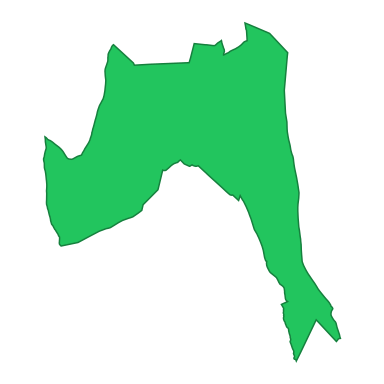 Eldas, North-Eastern, Kenya
{"feature_id": "3690345B40849356023427", "entity_name": "Eldas", "entity_type": "district", "adm_level": 2, "iso_a3": "KEN", "parent_name": "Kenya", "parent_adm1": "North-Eastern", "projection": "equal_earth", "projection_center": [39.451, 2.194], "detail": "fine", "context": "isolated", "style": "filled", "palette": "green", "viewbox_px": 384, "rotation_deg": 0, "n_neighbors": 0, "source": "geoboundaries", "source_scale": "gbopen_adm2", "svg_char_len": 5899}
<svg xmlns="http://www.w3.org/2000/svg" viewBox="0 0 384 384"><path d="M287.7,52.7L269.6,33.4L249.2,24.7L245.0,23.0L245.2,24.3L245.4,25.3L246.0,29.2L246.5,30.4L246.7,33.2L247.0,37.8L247.1,40.7L246.8,40.8L245.9,41.1L245.2,41.4L244.3,41.8L243.4,42.6L242.4,43.7L241.1,45.0L240.2,45.7L238.9,46.7L238.0,47.3L237.2,47.7L236.0,48.5L234.4,49.3L233.6,49.6L230.3,51.2L229.4,51.9L228.7,52.5L227.5,53.1L226.4,53.5L225.6,54.0L224.7,54.5L223.6,54.9L223.6,54.0L223.9,52.9L224.4,51.5L224.2,49.6L223.4,47.7L223.1,46.6L222.6,45.2L221.8,42.6L221.6,41.2L221.4,40.5L220.7,41.1L218.8,42.3L217.7,43.0L215.7,44.9L214.9,45.5L214.3,45.6L213.5,45.6L212.3,45.5L210.8,45.3L206.6,44.8L205.5,44.8L194.2,43.6L190.5,58.1L189.4,61.8L189.1,62.7L149.8,64.3L134.4,65.2L133.4,63.0L113.5,44.7L112.5,45.5L111.9,46.5L111.4,47.3L111.2,48.2L110.8,49.1L109.7,50.8L108.7,52.8L108.3,53.8L108.1,54.8L108.1,56.0L107.9,57.5L107.9,58.7L107.9,59.9L107.8,61.1L107.6,61.9L107.2,63.1L106.6,64.9L106.1,66.3L105.7,67.4L105.3,68.7L105.1,69.8L105.0,71.4L105.1,72.7L105.2,74.5L105.3,76.0L105.5,77.8L105.7,79.3L105.8,80.6L105.7,82.3L105.6,84.0L105.2,87.7L104.9,90.7L104.1,95.4L103.8,96.5L103.5,97.6L103.0,99.1L102.2,100.5L100.8,103.2L100.1,104.4L99.4,105.8L98.3,108.9L97.8,110.4L97.4,111.8L96.8,114.7L95.9,118.0L95.2,120.3L94.1,124.6L93.3,127.5L92.8,129.0L92.3,131.4L91.9,132.5L91.8,133.7L91.5,135.1L90.3,138.5L90.0,139.8L89.2,141.6L88.6,142.8L86.8,145.7L85.3,148.0L84.7,149.0L84.0,150.5L82.5,152.9L82.0,154.0L81.5,155.1L78.9,155.9L78.0,156.2L76.9,156.7L73.1,158.8L71.9,159.3L70.5,159.2L68.8,159.0L68.0,158.6L67.3,158.2L66.3,156.8L65.4,155.4L64.4,153.8L63.4,152.1L62.4,150.7L61.1,149.2L59.1,147.3L54.6,143.9L53.7,143.1L52.5,142.1L50.3,140.6L49.2,140.2L47.8,139.5L46.2,137.7L45.0,136.9L45.1,137.8L45.3,139.0L45.3,139.5L45.4,141.9L46.2,147.0L46.2,147.9L46.2,148.3L45.9,149.4L45.5,150.6L45.2,151.7L44.7,153.8L44.5,155.0L44.2,156.9L44.1,157.3L43.7,158.2L43.6,158.7L43.6,159.0L43.6,160.0L43.8,161.0L44.2,162.6L44.3,163.1L44.4,167.7L44.7,169.1L45.0,170.1L45.3,171.1L45.8,174.2L46.2,178.1L46.3,179.4L46.5,180.9L46.7,183.3L46.8,184.4L46.8,186.6L46.7,188.5L46.5,190.9L46.7,193.3L46.7,194.6L46.6,200.0L46.5,201.6L46.5,202.1L46.5,203.2L46.6,204.5L46.9,205.4L47.3,206.8L47.5,208.1L47.6,208.6L48.3,210.4L48.6,211.9L49.2,214.4L49.6,215.9L49.9,216.7L50.3,218.4L50.5,219.5L50.6,220.4L50.6,220.6L51.5,223.7L51.6,224.1L52.5,225.3L53.3,226.4L53.6,227.2L54.3,228.4L54.6,229.1L55.4,230.0L55.8,230.7L56.3,231.6L56.5,231.9L56.9,232.4L57.3,233.2L58.0,234.2L58.2,234.7L58.6,235.9L59.4,236.7L59.5,237.0L59.6,238.7L59.5,240.1L59.4,242.0L59.3,242.9L59.4,243.7L59.5,244.2L60.1,245.0L61.1,246.0L78.0,242.5L89.4,236.4L99.3,231.2L106.0,228.7L108.8,228.1L110.4,227.6L113.2,225.9L118.7,222.5L122.6,220.4L123.7,220.0L128.7,218.2L130.5,217.7L132.9,216.8L138.1,213.2L141.8,210.4L143.1,204.7L145.3,202.5L157.9,189.8L158.2,188.8L162.7,170.1L163.7,170.5L165.1,170.5L165.9,170.3L168.4,168.2L171.3,165.5L173.7,163.8L175.9,162.9L177.7,162.4L178.6,161.4L180.4,159.9L184.2,163.9L189.5,166.3L190.1,166.1L191.0,165.5L191.5,165.2L191.9,164.9L192.2,164.9L192.5,165.0L192.8,165.4L193.3,165.6L194.4,166.0L195.8,166.3L196.8,166.2L198.0,165.8L198.2,165.7L209.7,176.4L222.3,187.8L226.1,191.4L228.7,193.7L230.2,194.9L231.8,195.2L232.7,195.0L238.6,200.5L240.2,195.7L242.4,199.7L243.5,201.2L246.3,206.9L248.7,212.5L249.4,214.6L250.3,217.0L251.0,218.7L253.8,227.8L254.4,229.6L257.0,234.0L257.8,235.8L258.6,237.4L260.4,241.7L262.2,246.5L263.3,250.4L264.6,257.5L265.7,260.8L266.4,261.2L266.7,261.3L266.5,263.3L266.7,265.3L267.2,266.9L268.1,268.8L269.2,270.9L269.8,271.9L270.5,272.7L275.1,276.4L276.5,277.6L278.0,280.4L278.8,282.2L280.0,284.2L281.4,285.1L282.9,286.3L284.0,287.7L284.3,289.0L284.6,291.4L284.6,293.0L285.0,295.0L285.4,298.5L285.7,299.6L286.5,300.7L287.6,301.6L281.4,304.4L283.3,307.7L283.5,308.0L283.6,308.5L283.6,309.2L283.5,309.5L283.5,310.4L283.6,310.8L283.5,312.0L283.4,312.2L283.3,313.0L283.5,313.6L283.7,314.1L283.8,314.4L283.8,315.2L283.6,315.6L283.7,316.0L283.9,316.6L283.6,317.4L283.5,317.6L283.5,318.7L283.6,319.2L283.9,320.0L284.1,320.7L284.4,321.2L284.9,321.9L285.3,323.0L285.3,323.6L285.5,324.0L286.0,325.1L286.2,325.7L286.6,326.7L286.9,327.1L287.2,327.5L287.9,328.0L288.4,328.6L288.6,329.7L288.7,330.9L289.2,333.1L289.6,334.5L289.9,335.3L290.1,335.8L290.1,336.1L290.2,336.5L290.2,337.4L290.3,337.8L290.7,339.1L290.7,339.8L290.6,340.3L290.2,341.3L290.1,341.7L290.2,342.0L290.6,343.1L291.0,344.0L292.1,347.3L292.4,348.2L292.6,348.7L292.9,349.4L293.1,349.7L293.5,350.5L293.8,351.4L293.8,351.8L293.8,352.2L293.5,353.5L293.8,354.4L294.2,355.3L294.5,356.1L294.5,356.4L294.4,357.2L294.0,357.7L293.9,358.2L294.2,359.0L294.8,359.3L295.2,359.3L295.8,359.7L296.0,360.1L296.3,361.0L300.6,352.4L316.2,319.8L336.4,341.5L337.4,340.3L338.3,339.0L339.0,338.6L340.4,338.4L340.1,337.5L339.8,336.5L339.5,334.8L337.0,327.3L336.6,325.6L336.2,323.8L335.8,322.7L335.4,321.9L333.8,320.1L332.9,318.7L332.0,317.2L331.1,315.4L331.0,314.5L331.0,313.0L331.6,310.7L332.2,309.9L332.8,308.8L332.4,307.6L331.8,306.9L331.1,306.4L330.7,305.1L329.1,302.5L328.0,301.1L326.1,299.0L324.4,297.0L320.2,291.8L319.2,290.5L317.7,288.4L317.3,287.6L314.7,283.4L312.5,280.3L311.0,278.1L309.8,276.3L308.2,274.0L306.2,270.6L305.2,268.7L304.5,267.3L304.1,266.5L303.6,265.5L302.3,262.0L302.1,261.0L302.0,259.4L301.8,256.9L301.6,254.6L301.3,250.1L301.1,244.6L300.7,241.1L300.6,239.1L300.2,236.7L299.4,230.3L298.8,226.9L298.6,224.4L298.1,217.9L297.8,211.1L297.8,207.2L298.0,203.9L298.7,198.2L298.8,196.4L298.9,194.9L299.0,192.8L298.8,191.4L298.3,188.1L298.1,186.6L297.8,184.6L296.6,177.7L294.9,169.6L294.5,167.6L294.0,164.4L293.6,161.3L293.4,159.1L293.2,158.0L292.9,156.6L292.6,155.7L292.1,154.6L291.6,153.0L291.0,150.8L290.7,149.4L290.5,148.1L290.2,146.2L289.9,144.7L288.7,139.9L288.1,136.8L287.3,131.8L287.2,130.4L287.1,129.2L286.9,122.0L285.5,113.2L284.3,90.4L287.3,55.9L287.7,52.7Z" fill="#22c55e" stroke="#15803d" stroke-width="1.5"/></svg>